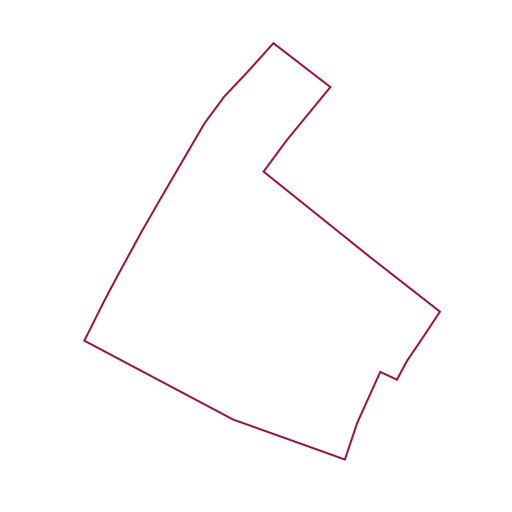 outline of Alapi, Tuvalu, rotated 265°
{"feature_id": "33948139B89877279250405", "entity_name": "Alapi", "entity_type": "district", "adm_level": 2, "iso_a3": "TUV", "parent_name": "Tuvalu", "parent_adm1": "", "projection": "orthographic", "projection_center": [179.197, -8.522], "detail": "fine", "context": "isolated", "style": "outline", "palette": "rose", "viewbox_px": 512, "rotation_deg": 265, "n_neighbors": 0, "source": "geoboundaries", "source_scale": "gbopen_adm2", "svg_char_len": 425}
<svg xmlns="http://www.w3.org/2000/svg" viewBox="0 0 512 512"><g transform="rotate(265 256 256)"><path d="M186.6,77.6L95.1,218.9L45.5,326.8L81.0,342.3L129.7,369.7L120.5,385.6L138.4,397.3L157.0,412.5L184.5,434.4L245.0,369.5L339.4,270.9L367.9,296.0L417.8,344.8L466.5,291.9L441.3,264.9L417.6,238.3L392.6,216.2L320.0,164.9L291.6,145.1L249.5,117.1L224.7,101.0L186.6,77.6Z" fill="none" stroke="#9f1239" stroke-width="2"/></g></svg>